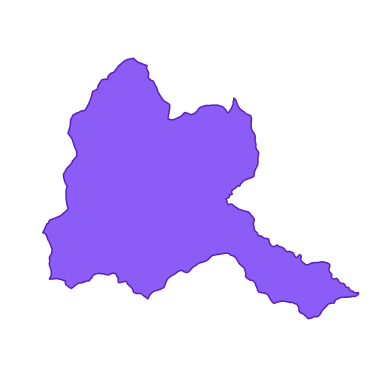 the district of Doban, Geylegphug, Bhutan, rotated 353°
{"feature_id": "84629894B43838221922230", "entity_name": "Doban", "entity_type": "district", "adm_level": 2, "iso_a3": "BTN", "parent_name": "Bhutan", "parent_adm1": "Geylegphug", "projection": "robinson", "projection_center": [90.384, 27.056], "detail": "fine", "context": "isolated", "style": "filled", "palette": "violet", "viewbox_px": 384, "rotation_deg": 353, "n_neighbors": 0, "source": "geoboundaries", "source_scale": "gbopen_adm2", "svg_char_len": 6033}
<svg xmlns="http://www.w3.org/2000/svg" viewBox="0 0 384 384"><g transform="rotate(353 192 192)"><path d="M292.0,331.9L295.9,331.5L296.9,330.9L298.1,330.6L298.6,330.6L300.9,331.1L302.0,330.7L303.0,330.1L304.3,328.9L306.0,326.5L307.2,325.2L309.0,323.6L310.9,322.2L313.6,319.8L316.1,319.3L318.2,319.4L319.0,319.6L319.5,319.5L320.2,318.6L320.4,317.4L322.2,316.3L323.8,315.7L324.7,315.7L325.5,315.2L326.3,314.8L330.3,315.0L333.8,315.4L336.7,315.4L338.1,315.1L341.3,315.5L341.8,315.4L342.9,314.7L344.0,314.1L344.6,314.0L344.8,313.4L344.9,312.7L345.0,312.3L344.5,312.0L342.1,312.1L340.8,311.4L339.5,310.1L337.9,309.3L336.6,308.4L336.3,307.5L336.3,306.8L335.7,306.0L334.9,305.5L333.8,305.3L333.0,304.8L332.6,303.9L332.5,302.6L332.2,302.1L331.0,301.2L329.0,300.9L328.0,300.3L327.3,299.4L326.3,296.9L325.5,295.7L324.5,295.4L322.8,295.7L321.0,295.2L320.6,294.8L320.3,294.2L320.1,293.1L320.5,292.1L320.7,291.0L320.0,289.4L319.1,288.3L318.6,287.4L318.3,286.5L318.3,285.8L318.6,284.9L319.8,282.4L319.8,280.9L319.6,280.4L317.9,278.9L313.0,277.1L307.9,277.3L304.8,277.0L302.2,277.0L300.8,277.4L299.9,277.9L296.8,278.4L296.4,278.3L295.5,277.5L294.9,276.7L293.2,275.2L292.0,273.5L291.7,272.5L291.7,272.0L292.5,269.9L292.6,269.5L292.5,268.7L292.0,267.8L291.4,267.5L290.6,267.6L289.6,268.4L288.7,269.7L288.0,269.8L287.0,269.1L286.0,267.7L285.5,266.4L285.3,265.3L284.9,264.7L284.0,264.0L281.7,262.8L278.7,262.8L277.9,261.9L277.1,260.1L275.0,258.0L274.3,257.6L273.4,257.4L272.0,257.0L271.5,256.5L270.7,255.4L269.9,255.1L269.3,255.2L268.5,255.5L267.4,256.2L266.4,256.3L265.7,256.0L264.7,255.2L263.7,254.1L262.8,252.4L262.6,251.4L262.5,248.9L262.1,247.9L261.0,247.3L258.8,246.9L257.7,246.5L255.5,244.3L254.5,243.8L253.2,243.6L252.6,243.3L251.8,240.9L251.5,240.3L250.8,239.3L249.8,238.3L249.5,237.5L249.3,235.9L249.3,233.8L248.9,231.6L249.1,230.5L250.4,227.4L250.5,226.8L250.3,225.9L249.2,223.9L247.5,221.6L246.8,220.0L246.2,219.2L244.9,218.3L241.8,217.3L239.4,216.1L236.5,214.9L235.0,213.5L232.4,211.4L230.6,209.3L229.1,208.6L228.7,208.6L227.0,209.0L226.4,209.0L225.9,208.3L225.6,206.2L225.5,204.9L224.9,203.1L227.4,202.1L228.4,201.5L228.6,201.0L228.7,199.6L229.1,199.3L230.7,199.5L231.4,199.3L231.7,198.6L231.2,197.9L231.4,196.4L232.0,195.3L234.0,194.0L235.6,193.5L237.0,192.3L238.2,191.6L238.8,191.6L240.0,192.0L241.2,190.0L244.3,187.4L245.3,186.9L249.3,185.7L252.3,185.1L254.6,184.4L255.3,184.0L256.6,179.3L258.2,176.5L260.0,173.9L260.7,172.3L261.2,170.1L261.4,166.5L262.7,162.7L263.0,160.8L261.4,157.7L260.7,156.0L261.3,152.3L260.8,148.0L261.3,146.2L261.5,144.1L260.5,140.6L259.3,138.6L258.8,137.0L258.7,134.9L258.8,132.8L259.2,130.2L259.8,127.7L260.0,126.0L259.7,123.8L258.2,122.4L256.4,121.8L255.0,120.8L253.6,118.9L250.8,116.6L249.2,114.5L248.2,112.3L247.7,110.7L246.5,105.6L245.0,104.1L243.9,107.6L243.5,109.9L241.1,114.0L239.9,115.5L237.5,117.8L236.8,117.6L236.4,116.8L235.8,115.1L234.5,113.2L233.7,112.1L232.4,110.8L227.7,108.8L221.7,108.2L220.1,108.3L216.6,107.8L213.6,108.3L210.5,109.0L209.4,109.6L206.9,112.3L204.9,113.8L203.3,114.6L200.6,115.1L199.2,114.5L196.9,113.1L195.9,112.9L195.0,112.3L194.2,112.4L193.7,112.7L192.7,113.7L191.0,115.1L188.8,116.0L183.3,117.8L180.9,118.0L177.6,116.8L177.2,116.2L177.5,114.8L180.1,105.8L180.5,103.3L180.4,102.7L179.6,101.5L177.6,99.9L175.7,98.7L174.2,96.6L171.9,91.9L170.3,88.2L169.9,85.4L169.5,83.7L168.7,82.0L167.1,77.6L166.3,76.7L164.7,75.9L162.9,73.8L162.6,73.0L162.8,71.4L163.3,69.8L163.4,68.5L163.2,66.9L162.0,64.6L162.1,62.4L162.8,61.0L162.1,60.8L160.0,59.6L157.5,58.4L156.1,57.3L154.6,57.0L152.1,54.5L150.1,52.1L144.8,52.5L141.6,53.3L134.4,58.0L129.2,63.5L126.0,64.3L123.0,66.5L121.7,70.0L119.3,69.3L116.2,69.7L112.2,74.2L110.3,78.6L105.7,80.1L104.1,84.2L102.3,88.3L100.0,92.2L97.0,96.3L96.0,97.7L94.8,98.1L91.7,98.1L88.9,99.3L87.1,99.5L85.5,100.4L83.6,100.8L80.3,105.6L79.2,111.5L76.1,118.6L79.4,124.7L80.8,132.1L82.4,137.5L81.9,142.6L77.0,146.7L76.6,148.1L74.7,150.0L71.1,152.8L66.7,158.5L66.4,160.1L66.4,162.2L66.8,165.1L67.4,167.7L68.7,170.9L67.1,175.5L66.9,176.8L66.5,180.7L66.3,184.0L66.3,188.8L67.0,193.1L66.6,193.9L64.1,195.9L58.9,199.4L52.8,201.3L47.4,202.5L45.5,205.0L45.3,205.9L44.1,205.9L40.7,211.7L39.2,213.6L39.0,214.3L40.7,214.9L41.8,216.1L42.5,218.3L43.1,221.6L44.0,223.5L44.7,225.7L46.2,232.1L45.2,235.7L42.4,239.6L42.4,243.3L41.6,245.6L41.6,247.4L42.6,251.6L42.5,255.4L42.1,258.0L40.0,260.4L40.1,261.2L47.2,261.5L49.2,262.1L51.2,262.8L53.4,264.0L55.5,264.6L55.1,266.4L55.4,268.2L56.4,269.5L58.5,271.6L60.3,273.0L62.1,272.3L64.4,270.6L66.5,269.5L68.4,268.7L70.8,268.7L74.2,268.3L76.1,267.5L79.3,267.6L80.4,266.1L82.3,264.8L82.7,263.8L83.6,262.8L84.8,262.1L86.1,261.7L89.3,261.3L90.5,261.6L91.4,262.0L94.2,262.4L95.8,263.2L98.7,264.1L99.3,264.2L100.4,263.7L102.8,263.0L104.4,263.0L106.8,264.3L106.9,265.4L107.2,266.8L108.2,268.0L107.8,272.8L109.5,273.2L114.8,272.5L116.2,273.1L117.0,275.9L118.7,277.6L120.3,279.6L121.2,281.2L121.8,284.5L123.0,285.0L123.8,285.7L124.5,286.1L127.9,286.3L128.8,286.5L130.0,287.4L131.3,289.1L134.0,291.5L134.7,292.4L135.3,292.6L137.0,289.8L138.1,288.7L138.6,288.0L142.0,285.8L145.3,285.4L148.4,284.8L151.4,283.8L152.8,282.9L153.6,281.5L155.0,278.5L155.8,277.1L157.9,274.6L161.5,272.6L165.3,271.1L169.0,268.9L172.6,268.5L173.5,269.6L174.9,270.5L176.7,271.2L178.6,271.0L184.3,266.3L187.1,265.3L190.1,263.4L195.8,262.6L197.5,262.1L199.5,261.2L203.5,258.1L205.0,257.5L208.2,257.2L211.6,257.1L215.0,256.9L219.5,257.0L220.8,257.4L222.6,259.3L224.9,260.4L226.8,261.7L228.3,264.3L229.4,267.3L230.4,269.2L231.7,270.8L234.1,273.3L234.8,274.8L235.2,277.4L235.4,279.2L234.9,282.6L236.4,284.5L238.7,286.4L241.0,287.2L242.1,287.8L243.7,290.3L243.7,291.5L244.9,295.3L245.1,297.4L245.6,298.2L245.8,299.0L246.4,299.8L247.0,299.8L252.5,301.6L254.0,302.6L255.2,304.0L255.9,306.2L257.5,309.7L259.1,312.0L260.1,312.5L264.6,311.5L267.5,311.3L268.7,311.4L273.2,312.5L275.9,313.6L278.2,313.9L280.2,315.2L282.3,316.1L282.8,316.7L283.8,319.2L283.8,323.3L284.4,324.4L285.0,325.3L286.3,325.8L288.3,327.3L292.0,331.9Z" fill="#8b5cf6" stroke="#5b21b6" stroke-width="1.5"/></g></svg>